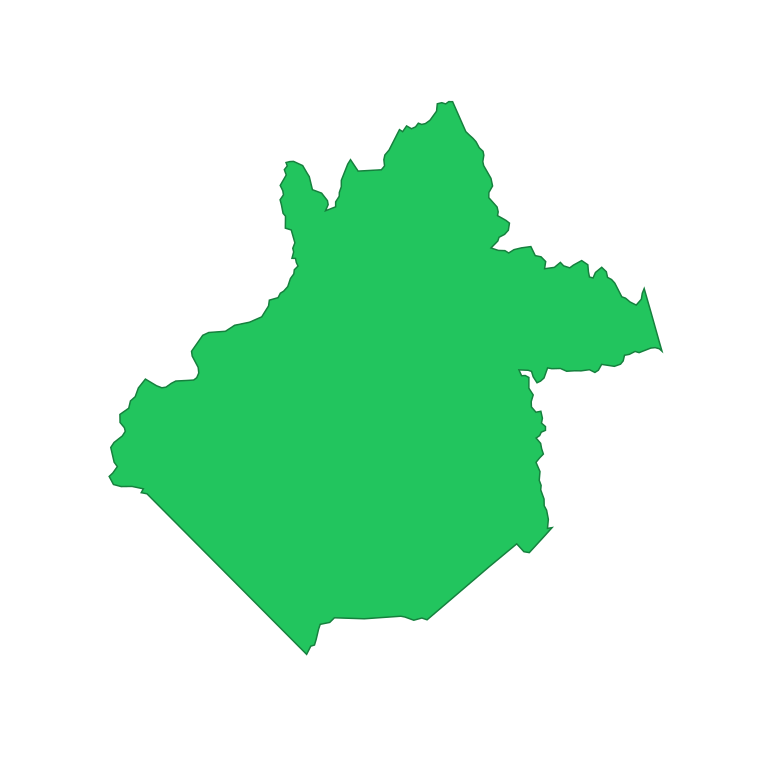 Santo Antônio da Patrulha, Rio Grande do Sul, Brazil, rotated 42°
{"feature_id": "56859067B91421795940540", "entity_name": "Santo Antônio da Patrulha", "entity_type": "district", "adm_level": 2, "iso_a3": "BRA", "parent_name": "Brazil", "parent_adm1": "Rio Grande do Sul", "projection": "orthographic", "projection_center": [-50.578, -29.863], "detail": "fine", "context": "isolated", "style": "filled", "palette": "green", "viewbox_px": 768, "rotation_deg": 42, "n_neighbors": 0, "source": "geoboundaries", "source_scale": "gbopen_adm2", "svg_char_len": 3158}
<svg xmlns="http://www.w3.org/2000/svg" viewBox="0 0 768 768"><g transform="rotate(42 384 384)"><path d="M507.4,636.7L505.0,627.8L507.0,624.5L504.5,619.2L499.5,610.1L497.4,605.3L503.2,597.5L503.6,590.9L526.4,571.7L551.9,545.3L555.4,543.2L564.2,539.6L568.7,532.6L573.8,530.4L584.4,449.5L589.6,414.0L600.2,415.0L604.8,412.1L605.0,390.8L605.0,378.3L602.1,381.9L596.7,374.6L589.3,369.0L584.5,367.3L579.9,362.4L571.3,357.8L568.6,354.2L563.8,351.7L558.5,344.7L549.4,340.5L549.1,334.8L549.3,329.4L544.4,326.6L540.1,323.3L533.2,322.4L534.2,318.2L533.1,314.6L535.0,310.4L532.5,307.6L527.2,307.7L524.6,303.4L518.8,299.3L515.8,303.3L508.9,302.4L505.2,298.6L502.2,292.3L494.5,290.2L487.3,282.2L483.3,283.2L480.7,285.8L474.8,283.2L482.0,277.3L485.2,275.9L490.0,278.8L496.9,280.7L498.4,277.1L498.9,272.5L494.8,262.6L498.5,260.3L504.7,254.4L511.2,252.3L516.9,246.5L521.7,242.3L527.1,235.9L533.0,234.3L534.1,230.3L532.6,223.8L543.4,216.7L546.5,211.0L546.3,206.8L543.5,201.7L546.5,197.8L548.8,191.8L552.6,190.0L558.2,178.8L561.2,175.5L565.0,173.6L568.6,173.6L560.1,168.3L535.1,152.5L513.5,139.0L515.2,143.7L518.5,148.8L518.6,156.6L512.0,158.4L506.0,158.6L502.4,160.1L488.0,154.6L483.2,154.1L478.8,155.2L474.1,151.8L467.7,151.6L466.5,159.6L468.4,165.3L465.1,167.0L460.8,163.8L455.7,159.0L448.3,160.0L445.2,168.9L444.3,173.4L438.4,176.0L433.7,175.6L432.6,183.3L426.2,190.9L422.2,184.8L415.6,184.4L410.5,187.4L401.2,183.6L395.0,190.9L390.7,197.2L389.0,203.2L384.6,204.0L379.6,208.2L372.5,211.3L372.9,201.6L371.3,198.0L373.5,192.1L373.5,186.5L369.6,180.5L365.2,180.8L355.7,182.9L353.7,179.7L349.6,176.8L337.2,175.4L333.8,171.5L332.2,164.2L325.9,159.6L311.9,155.0L308.6,152.6L305.1,147.2L301.9,144.8L296.7,144.7L290.3,142.4L285.8,141.9L280.8,141.9L275.9,141.7L246.1,128.3L243.2,130.8L242.4,134.6L238.7,136.3L236.1,140.1L240.5,146.1L241.7,157.3L240.5,162.8L238.3,165.9L235.0,167.2L235.4,171.8L233.6,175.9L228.1,177.1L229.0,184.0L225.3,184.6L226.5,189.2L228.1,195.1L231.2,206.7L231.4,213.2L233.8,217.4L238.5,221.6L238.7,226.6L222.3,243.1L209.0,239.7L209.9,244.8L216.0,261.2L220.3,266.0L222.6,271.5L225.1,274.4L226.2,281.0L229.5,284.7L224.6,294.4L222.5,288.1L219.3,285.6L209.9,283.9L200.8,287.5L189.7,279.9L186.2,278.9L177.4,276.1L167.8,279.1L165.2,281.7L163.0,285.0L166.2,286.7L166.5,291.4L171.5,294.1L174.0,305.9L179.5,308.1L182.7,310.7L183.5,316.6L187.9,319.5L194.8,324.7L198.5,325.2L206.4,334.2L212.0,331.6L223.3,338.7L225.4,344.2L228.5,346.3L231.5,352.2L234.2,349.9L237.6,352.4L241.2,353.9L240.9,359.1L243.3,362.5L243.9,368.2L247.3,376.0L247.3,382.2L246.2,385.9L247.5,390.7L242.7,398.4L246.0,403.3L246.7,407.5L248.2,415.9L246.4,419.9L242.7,428.1L233.7,440.3L230.9,450.9L219.3,463.0L216.7,469.1L219.1,488.5L222.8,491.6L234.8,496.0L239.0,499.8L240.6,504.6L239.9,508.4L236.3,512.1L227.3,521.1L225.5,525.8L224.1,532.2L221.4,535.5L216.1,537.5L203.4,540.0L204.1,551.3L207.6,559.9L206.9,566.2L210.5,572.8L208.1,583.3L213.6,589.2L220.3,590.2L223.4,592.3L224.3,597.7L222.5,608.1L223.4,614.0L235.8,622.7L241.1,623.8L242.0,631.6L241.6,636.6L250.2,639.7L257.3,636.1L265.3,628.7L275.3,622.9L276.3,627.2L281.3,624.2L507.4,636.7Z" fill="#22c55e" stroke="#15803d" stroke-width="1.5"/></g></svg>